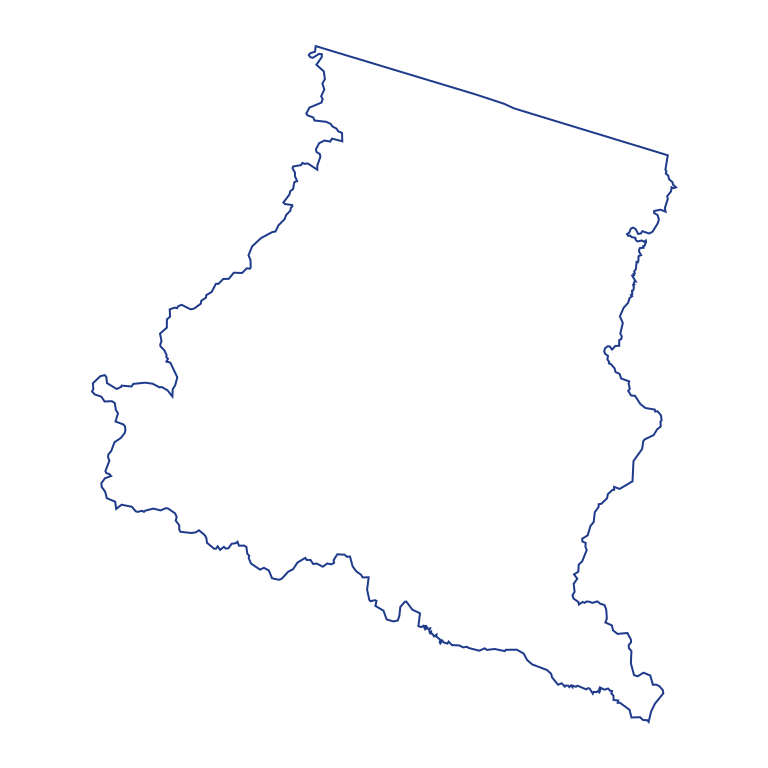 Carabaya, Puno, Peru
{"feature_id": "86281439B63963563505699", "entity_name": "Carabaya", "entity_type": "district", "adm_level": 2, "iso_a3": "PER", "parent_name": "Peru", "parent_adm1": "Puno", "projection": "mercator", "projection_center": [-70.113, -13.816], "detail": "fine", "context": "isolated", "style": "outline", "palette": "blue", "viewbox_px": 768, "rotation_deg": 0, "n_neighbors": 0, "source": "geoboundaries", "source_scale": "gbopen_adm2", "svg_char_len": 6094}
<svg xmlns="http://www.w3.org/2000/svg" viewBox="0 0 768 768"><path d="M552.0,677.3L558.0,684.7L561.7,683.3L564.8,686.6L565.4,685.6L568.2,685.6L569.3,687.1L571.0,685.4L572.5,687.2L572.8,685.7L575.9,686.8L577.5,685.7L586.3,689.4L587.8,688.2L589.6,688.5L592.8,693.7L593.7,691.9L596.6,692.1L597.7,691.1L599.4,692.4L600.7,688.7L599.3,689.1L599.9,687.4L604.5,689.7L608.0,688.5L610.2,690.8L612.0,691.0L611.3,693.6L613.4,695.5L613.6,700.0L618.2,700.5L617.7,702.8L620.0,702.8L629.5,709.8L631.5,717.5L640.0,717.2L643.1,720.0L647.2,720.2L648.6,721.9L651.2,711.3L655.0,703.6L663.3,693.4L662.8,690.1L659.4,686.2L656.1,684.6L652.9,684.8L650.3,675.5L643.5,672.7L637.6,676.3L634.0,675.1L630.9,663.3L631.4,650.9L628.9,648.2L628.7,645.2L631.0,642.3L631.1,640.0L627.4,633.0L617.5,633.9L613.0,630.3L611.9,625.4L605.4,622.5L606.8,618.9L606.6,614.4L606.2,609.4L604.5,605.1L600.2,603.7L597.4,601.4L592.2,602.9L589.6,601.8L586.4,601.5L584.6,602.9L582.7,602.0L578.9,604.5L578.5,602.1L573.5,598.5L572.5,595.2L574.6,591.8L573.7,583.8L577.3,578.7L574.0,574.4L578.3,571.7L578.7,564.7L582.2,561.3L586.7,550.1L585.4,546.5L585.7,542.9L582.4,541.5L582.2,538.7L587.7,535.3L590.5,525.9L593.7,522.0L594.8,512.2L598.6,507.0L598.7,504.2L601.3,503.8L607.1,498.2L607.8,494.2L612.5,489.9L614.1,489.9L614.1,486.9L619.7,488.9L632.5,481.3L633.5,461.0L642.1,449.0L643.3,441.1L644.7,439.4L653.6,435.1L657.1,429.4L660.7,426.5L660.5,421.7L661.6,420.3L661.0,415.4L657.6,411.3L655.2,411.5L654.8,409.6L645.4,408.0L640.4,404.1L635.0,395.8L631.1,395.5L628.2,390.9L629.8,388.9L628.6,383.6L629.2,381.4L621.2,378.5L619.5,373.8L615.5,372.0L614.6,368.4L611.2,364.4L608.9,363.3L609.2,362.0L607.4,359.4L608.0,355.9L605.1,353.8L604.2,351.5L605.0,348.3L607.6,346.3L609.7,346.4L612.1,349.5L615.4,345.9L619.2,345.8L619.2,340.1L621.3,339.0L621.8,336.4L620.3,333.5L622.8,323.1L619.9,316.3L623.7,307.7L628.0,303.0L629.6,298.0L632.1,296.2L631.0,294.9L632.3,294.3L632.0,290.7L633.2,290.4L633.9,287.8L633.4,285.8L634.2,284.9L633.3,284.6L634.6,281.4L635.7,281.5L632.2,275.6L634.0,275.2L633.5,274.1L634.8,273.4L634.1,271.6L635.9,269.1L636.6,261.9L637.8,262.3L638.4,261.0L638.5,256.2L641.1,255.1L639.0,251.6L639.3,249.3L640.0,248.0L643.5,247.8L643.1,246.3L644.5,245.8L646.1,241.8L645.8,240.5L644.3,241.8L641.7,240.5L637.5,241.5L635.5,239.6L635.4,237.8L631.6,237.1L630.0,235.5L628.3,235.9L627.0,234.1L629.2,232.7L630.9,228.6L633.2,227.6L635.7,229.2L638.2,234.0L641.0,233.4L642.3,231.2L649.1,233.5L652.5,231.8L657.8,223.2L658.9,219.4L657.5,215.0L654.1,213.0L654.1,211.0L660.5,209.7L665.6,211.7L664.8,208.2L667.8,198.9L667.2,196.1L671.0,191.4L671.6,187.3L673.4,188.2L676.0,187.3L673.0,184.6L672.6,182.3L669.1,179.3L668.2,175.5L665.8,173.6L666.4,171.2L665.4,169.6L667.8,155.3L514.1,108.4L504.1,103.8L476.5,94.7L315.7,46.1L315.0,51.7L310.3,53.2L308.7,55.0L310.4,57.2L312.8,57.8L319.2,53.8L321.9,54.3L321.7,57.2L316.4,64.7L323.8,71.4L324.9,79.1L322.4,83.5L324.3,89.5L321.2,96.3L322.7,99.3L321.4,102.6L309.4,107.6L306.3,113.5L307.5,115.3L313.3,117.5L314.5,120.5L326.2,121.8L330.7,123.9L332.4,126.4L336.6,128.7L338.2,131.3L342.0,132.9L342.3,141.3L332.0,138.6L330.2,141.6L324.5,140.5L319.1,143.2L315.9,149.4L316.5,152.0L319.8,154.0L320.4,156.7L317.3,165.5L317.3,169.7L307.7,163.4L304.7,163.9L302.4,162.9L301.1,165.1L293.1,166.5L292.5,168.2L295.0,172.7L294.9,176.1L297.1,181.1L294.3,182.2L293.1,189.0L290.3,191.1L289.4,194.6L283.4,202.5L284.9,204.0L292.2,205.1L292.4,206.3L290.7,208.1L290.5,210.5L286.1,215.1L284.7,219.0L278.4,225.4L275.5,231.5L272.2,232.1L261.0,238.1L252.1,246.4L248.5,255.3L250.5,260.1L250.7,267.2L249.9,268.7L246.8,268.3L242.0,273.0L233.8,272.7L228.8,278.8L223.2,279.0L218.5,283.8L215.9,283.8L211.7,291.9L206.2,295.2L206.0,297.6L201.3,300.7L200.9,303.6L194.1,308.6L190.5,309.3L181.6,304.8L178.2,306.2L177.0,308.2L174.7,307.6L169.7,309.4L170.1,316.6L166.9,319.4L166.8,327.7L160.0,333.6L161.5,341.1L160.2,344.6L160.5,346.4L164.4,350.3L166.6,355.2L166.3,357.2L168.0,358.8L166.4,361.6L170.3,362.6L177.3,377.3L175.2,385.3L172.7,389.3L172.4,396.5L167.5,390.3L161.7,387.0L159.7,387.4L152.5,383.7L145.1,382.7L133.3,383.9L131.5,386.5L121.6,385.6L121.1,386.9L116.7,389.0L107.0,383.1L106.3,377.0L104.8,375.1L100.3,376.2L92.9,383.3L93.3,389.2L92.0,391.5L94.8,394.5L101.3,396.6L104.6,401.5L111.9,401.2L114.8,403.1L115.9,410.0L118.0,413.3L115.5,421.5L123.3,424.4L125.0,426.3L125.4,429.8L124.8,432.9L120.7,438.1L114.5,442.2L111.2,451.1L108.3,454.5L108.1,457.6L109.4,460.6L105.4,471.2L106.4,473.2L109.3,474.0L111.1,476.0L104.9,478.3L101.3,483.3L101.7,486.9L105.2,491.8L106.8,498.2L115.2,501.7L116.2,508.9L121.6,504.7L131.9,506.8L135.7,511.3L137.5,511.9L142.1,510.8L143.9,511.9L145.4,510.6L153.4,508.6L160.6,510.4L166.0,508.1L168.3,508.6L175.1,513.4L176.7,517.1L175.7,520.6L179.2,525.2L179.3,529.8L180.5,531.8L191.6,533.0L195.9,532.3L199.0,530.3L204.8,535.2L206.3,537.8L207.0,542.8L214.2,548.8L216.0,548.7L217.7,546.3L220.1,549.9L223.9,546.8L225.7,548.6L228.5,548.2L231.6,543.8L235.8,543.2L237.5,541.8L238.9,545.7L244.2,545.6L246.4,547.0L247.3,553.8L249.2,555.6L248.7,558.1L251.0,563.5L260.0,569.6L263.9,567.8L268.8,570.4L272.1,578.3L278.9,579.8L281.9,578.6L288.1,571.8L293.1,569.2L297.5,562.5L305.3,557.9L306.6,559.9L310.5,560.0L313.2,564.0L316.7,563.5L322.8,566.7L327.2,563.5L331.4,564.3L334.1,562.8L333.6,560.2L337.3,554.3L344.7,554.7L346.8,556.8L350.0,556.5L352.6,566.3L356.2,571.3L360.9,574.6L362.7,577.4L368.7,577.3L367.1,589.6L369.3,599.9L370.4,601.2L375.0,600.2L376.5,600.9L375.4,605.9L383.5,610.7L386.6,619.4L393.3,621.4L397.8,620.5L399.4,615.6L400.3,607.0L404.8,601.8L406.2,601.5L412.4,609.7L420.0,613.3L418.4,626.1L421.2,627.1L423.4,625.8L424.5,628.1L425.3,625.2L426.0,628.3L426.7,626.9L427.5,628.7L430.1,628.4L429.2,630.2L429.8,632.7L431.1,631.7L431.0,633.6L432.4,633.8L434.1,636.4L436.5,634.7L436.3,636.6L440.7,640.0L439.6,641.8L440.3,643.4L442.3,640.6L443.7,642.4L447.4,643.6L448.6,641.6L452.0,645.1L459.1,645.4L463.2,647.4L467.3,646.8L468.4,647.9L479.3,650.7L484.7,648.3L486.9,649.9L494.6,649.0L504.8,651.1L505.8,649.8L516.8,649.7L523.6,653.5L527.2,660.1L532.2,664.4L546.9,670.0L551.2,673.8L552.0,677.3Z" fill="none" stroke="#1e3a8a" stroke-width="2"/></svg>